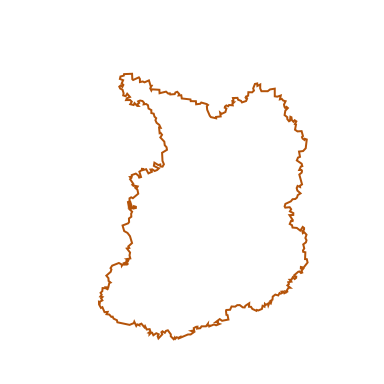 Thakurgaon, Rangpur, Bangladesh (Albers equal-area conic projection), rotated 160°
{"feature_id": "16705992B44482388014877", "entity_name": "Thakurgaon", "entity_type": "district", "adm_level": 2, "iso_a3": "BGD", "parent_name": "Bangladesh", "parent_adm1": "Rangpur", "projection": "albers", "projection_center": [88.472, 25.936], "detail": "fine", "context": "isolated", "style": "outline", "palette": "amber", "viewbox_px": 384, "rotation_deg": 160, "n_neighbors": 0, "source": "geoboundaries", "source_scale": "gbopen_adm2", "svg_char_len": 5927}
<svg xmlns="http://www.w3.org/2000/svg" viewBox="0 0 384 384"><g transform="rotate(160 192 192)"><path d="M308.9,132.3L310.2,129.5L312.4,128.5L312.0,126.3L313.9,125.1L312.1,123.9L313.8,123.1L313.3,120.8L316.0,120.5L316.6,119.3L317.1,120.2L317.8,118.1L317.2,114.2L315.6,114.4L315.3,109.0L312.3,108.2L314.1,106.4L311.6,105.1L310.5,102.2L309.2,102.0L309.0,99.8L306.4,97.2L306.7,95.1L296.1,88.5L291.5,88.7L290.6,89.8L290.2,85.2L288.7,86.3L287.0,84.6L286.7,85.5L284.6,85.6L283.0,81.1L282.0,82.0L281.6,78.3L278.7,77.6L278.8,75.1L280.8,74.5L280.1,74.0L280.6,72.8L278.4,73.9L277.6,73.4L277.3,70.6L273.9,71.5L272.0,69.7L273.6,68.2L273.6,65.9L268.6,68.4L268.7,70.7L267.4,71.2L265.7,69.0L263.9,70.4L262.0,70.3L260.6,65.5L261.3,63.7L259.6,60.0L258.0,61.2L257.9,59.8L256.0,60.7L254.8,59.6L253.1,59.8L253.8,59.0L244.5,59.5L242.0,58.6L238.0,59.7L240.2,61.7L237.3,61.3L236.9,63.5L234.1,63.9L233.0,63.6L233.9,61.9L230.8,61.2L229.0,62.5L224.8,61.0L222.2,62.7L223.0,61.1L221.2,60.5L221.5,59.8L216.7,60.0L214.9,58.5L211.3,58.6L212.6,59.7L212.1,60.8L214.2,61.6L209.4,63.1L207.8,60.7L201.4,59.7L200.7,64.1L201.7,64.8L200.7,68.7L200.1,69.4L196.5,68.3L194.0,70.9L190.6,69.5L188.2,70.2L185.8,69.4L183.8,66.3L182.0,65.5L180.8,66.8L176.3,67.9L177.7,64.7L175.8,63.9L175.3,61.5L172.1,58.3L171.4,59.0L170.2,58.0L166.3,58.2L164.6,60.9L163.1,59.4L161.8,61.9L161.3,60.7L158.9,61.1L159.1,59.3L157.0,61.7L156.1,60.3L154.9,61.9L155.3,62.9L153.2,63.3L151.9,66.1L148.8,67.1L146.3,65.3L144.3,67.1L143.4,66.1L141.4,66.4L141.8,67.7L140.5,67.4L139.9,65.4L138.2,65.4L138.2,66.7L137.2,66.1L137.8,65.6L136.5,65.8L136.4,67.2L134.1,69.0L132.4,68.4L134.3,71.6L132.4,72.4L132.4,74.3L129.4,73.8L130.2,76.1L128.5,75.6L126.5,77.4L125.3,75.1L123.5,75.7L123.0,76.8L124.7,77.9L124.5,78.8L119.5,80.7L118.3,80.6L117.3,78.6L116.0,78.6L116.0,80.5L113.9,81.8L115.9,82.9L115.3,84.3L113.0,82.8L107.5,86.2L107.1,89.6L108.7,90.3L106.1,96.6L108.0,97.8L107.7,99.1L105.8,100.6L105.4,104.7L102.2,105.7L100.9,107.5L101.2,110.0L99.0,112.7L100.3,115.8L101.9,115.4L101.7,117.3L99.6,118.3L99.0,119.8L99.9,121.3L103.2,118.8L103.0,117.9L105.8,122.4L109.7,124.2L109.4,126.6L111.1,128.5L108.8,131.0L107.4,130.3L106.9,131.1L108.3,136.9L104.7,135.8L104.0,137.5L106.6,140.3L104.7,141.9L105.4,144.3L109.7,145.4L109.9,146.8L108.3,148.9L102.3,149.4L100.0,150.8L97.3,150.1L95.2,150.9L93.7,152.9L90.5,153.6L92.5,157.3L92.3,159.9L90.7,161.6L88.7,159.7L88.3,161.0L86.0,161.5L85.2,171.7L82.3,172.7L81.4,174.2L81.6,175.3L83.7,176.0L81.0,178.7L79.5,178.6L79.3,181.1L82.7,185.8L80.6,188.1L78.5,188.1L77.6,193.4L73.6,192.5L70.2,194.2L66.2,202.1L67.8,203.4L68.5,202.5L69.8,204.3L69.9,206.0L68.6,206.6L68.2,211.7L72.2,212.9L73.9,215.3L71.2,219.8L72.1,220.6L69.8,222.7L71.0,224.3L72.6,223.3L73.6,225.5L73.0,228.2L73.8,229.0L75.5,225.5L76.6,225.3L77.5,227.9L76.9,229.7L78.7,232.6L76.5,236.5L73.2,238.1L74.1,239.7L75.7,239.2L76.0,240.5L75.6,242.8L73.0,245.3L75.0,246.7L75.8,248.8L77.7,249.0L75.6,252.3L79.3,252.4L81.5,253.6L78.9,260.8L83.6,261.7L86.4,260.8L92.3,263.0L92.5,266.0L91.1,269.7L94.3,269.3L93.6,271.7L95.9,272.0L99.1,268.4L99.1,266.1L101.4,265.1L104.9,266.5L106.3,263.3L108.5,263.2L108.3,261.6L109.2,261.8L108.8,260.3L110.1,259.0L114.4,259.1L114.8,260.9L117.1,262.9L117.1,264.9L121.4,266.3L121.6,264.1L122.7,262.8L122.2,263.7L122.9,263.8L123.2,262.3L122.0,261.9L123.9,261.0L124.1,259.5L127.4,261.1L128.6,260.2L130.1,261.6L131.8,261.0L132.4,260.0L131.1,258.7L133.3,255.7L137.4,255.3L138.4,257.0L139.2,253.2L143.7,254.3L144.1,253.0L148.6,255.9L149.2,257.5L149.6,264.1L148.7,267.6L147.2,268.3L148.1,269.6L152.7,272.9L154.1,272.1L158.1,273.0L157.3,276.0L162.1,277.8L161.8,279.5L169.6,283.4L169.0,286.6L171.6,287.3L170.5,288.6L171.6,291.2L173.5,291.2L174.8,289.9L179.1,291.1L179.1,292.3L180.6,292.5L182.1,295.2L188.7,295.9L187.7,299.2L194.6,302.2L195.5,301.3L195.8,303.7L193.6,305.6L194.6,306.0L194.3,311.6L199.1,311.3L200.5,312.7L203.3,313.1L202.3,316.1L202.7,317.9L209.0,317.4L209.5,318.4L207.9,323.6L215.5,326.0L216.3,324.7L219.7,325.0L221.1,322.9L218.5,320.6L220.9,318.1L219.9,316.1L221.5,314.6L222.5,316.5L224.3,315.9L224.1,313.8L222.3,311.8L222.5,308.2L223.6,306.3L221.6,304.7L219.3,306.5L217.8,302.5L221.2,302.3L222.5,300.9L218.7,299.6L217.7,297.5L220.0,295.6L217.1,293.7L215.6,295.2L214.0,291.6L212.9,291.2L213.7,293.0L211.2,293.8L211.6,295.6L209.5,295.7L207.4,294.4L206.6,292.3L207.5,290.9L205.0,290.4L203.7,288.6L204.3,285.3L202.2,282.9L203.2,280.1L201.2,278.7L201.5,275.7L200.4,273.6L201.8,272.0L201.6,269.1L199.8,266.3L199.5,263.1L200.9,263.8L202.3,258.3L201.3,258.3L200.6,256.0L203.1,254.1L200.8,248.8L201.6,245.3L200.6,242.7L201.1,240.2L206.7,239.1L209.1,231.3L208.9,227.7L211.0,225.9L212.9,226.7L212.4,228.7L214.5,228.9L217.3,232.4L218.9,229.6L215.1,225.5L217.2,224.6L219.9,224.5L221.6,226.9L223.3,227.3L222.8,224.7L226.6,224.4L227.3,229.1L230.5,229.4L230.1,230.4L231.1,230.9L231.7,229.7L234.5,229.1L234.8,223.5L236.7,223.6L236.8,225.8L238.5,228.5L242.8,228.5L243.3,227.0L245.1,227.3L244.5,225.8L245.8,225.2L244.4,219.9L245.5,219.3L244.7,218.6L245.6,217.5L244.5,218.0L241.1,215.8L242.4,214.7L244.3,216.2L242.5,212.7L243.1,208.8L249.7,206.4L251.0,207.8L252.9,207.4L253.8,204.7L255.6,204.5L256.0,202.1L253.4,203.3L253.6,198.0L252.1,197.3L251.4,198.5L249.8,197.3L250.2,196.2L252.6,196.5L252.6,197.4L254.9,197.1L254.2,198.1L255.7,198.5L254.3,199.2L255.6,201.3L256.6,199.5L255.8,197.5L256.6,197.1L255.0,194.0L256.6,192.4L257.5,189.5L260.3,188.7L261.4,185.3L262.7,184.4L268.7,184.3L269.1,178.5L266.6,175.6L265.4,171.7L265.8,164.5L270.4,162.7L270.1,160.9L272.5,161.2L270.9,156.3L272.4,153.8L272.7,150.7L276.3,151.3L275.0,149.8L276.1,148.6L276.9,148.7L275.9,149.8L276.7,150.4L278.0,148.4L281.5,148.4L277.5,147.3L277.1,146.4L277.9,146.1L282.1,147.5L283.2,146.7L282.9,148.0L285.0,150.3L292.2,150.1L294.6,148.3L294.2,146.8L295.7,144.8L301.1,142.7L300.0,139.6L300.8,137.0L299.5,134.8L300.9,134.7L303.3,131.0L305.3,131.8L304.1,128.9L306.0,131.1L308.9,132.3Z" fill="none" stroke="#b45309" stroke-width="2"/></g></svg>